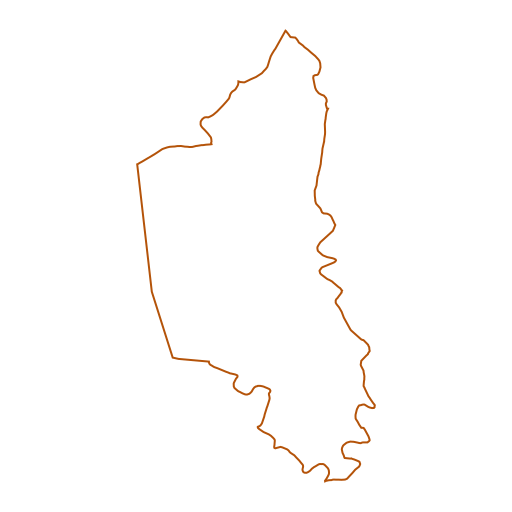 the district of H'Erelle, Laborie, Saint Lucia
{"feature_id": "8701671B98929881441736", "entity_name": "H'Erelle", "entity_type": "district", "adm_level": 2, "iso_a3": "LCA", "parent_name": "Saint Lucia", "parent_adm1": "Laborie", "projection": "mercator", "projection_center": [-60.985, 13.756], "detail": "fine", "context": "isolated", "style": "outline", "palette": "amber", "viewbox_px": 512, "rotation_deg": 0, "n_neighbors": 0, "source": "geoboundaries", "source_scale": "gbopen_adm2", "svg_char_len": 6067}
<svg xmlns="http://www.w3.org/2000/svg" viewBox="0 0 512 512"><path d="M208.9,361.6L208.9,362.5L209.6,364.0L210.5,364.9L211.5,365.4L213.4,366.6L214.3,367.1L217.4,368.2L226.1,371.8L228.1,372.5L230.1,373.4L231.0,373.5L234.9,374.4L235.8,374.7L237.3,375.4L237.5,375.9L237.5,376.7L237.2,377.3L236.8,377.7L236.0,378.7L234.0,382.6L233.7,383.5L233.7,384.2L233.8,386.5L234.5,388.0L237.8,390.9L238.6,391.4L239.8,391.9L242.4,393.3L244.8,394.3L245.8,394.5L247.2,394.5L249.3,393.8L250.4,392.9L251.5,391.8L252.2,390.7L252.8,389.5L253.3,388.8L253.9,388.0L254.4,387.4L255.8,386.5L256.9,386.3L257.8,385.9L259.1,385.9L260.4,385.9L262.6,386.3L263.9,386.7L264.8,387.1L265.7,387.5L267.0,388.0L269.2,389.0L269.7,389.4L270.0,389.8L270.4,390.8L270.2,391.7L269.8,392.4L269.0,393.3L268.9,393.9L269.0,395.0L269.3,395.9L269.6,397.9L269.6,398.7L269.3,400.1L267.3,406.4L266.8,407.6L266.3,409.3L264.7,414.4L264.2,416.7L261.9,423.4L260.8,425.0L260.3,425.6L259.5,426.1L259.1,426.3L258.6,426.5L257.8,426.8L257.7,427.0L258.0,428.0L259.1,429.0L263.5,432.0L264.8,432.6L268.2,434.1L268.7,434.3L271.1,435.9L272.1,436.9L273.1,437.8L274.4,439.3L274.7,439.9L274.8,440.8L274.6,443.1L274.5,444.7L274.2,446.7L274.2,447.2L274.4,447.9L275.3,448.3L277.1,447.8L278.6,447.4L280.5,446.9L282.4,447.4L283.1,447.7L287.2,449.4L288.6,450.5L289.5,451.8L290.5,452.8L292.9,454.4L293.9,455.0L294.6,455.6L296.0,457.2L299.3,460.6L300.7,462.4L301.7,463.6L302.6,464.6L303.0,465.4L303.1,466.6L303.0,467.2L302.8,468.0L302.5,469.4L302.6,470.5L303.0,471.4L303.5,472.2L304.6,472.7L306.4,472.8L307.9,472.2L309.0,471.5L310.1,470.7L311.9,468.7L312.7,468.1L314.0,467.1L315.5,466.3L318.6,464.4L319.9,464.0L321.8,464.1L322.8,464.0L323.5,464.2L324.4,464.7L325.2,465.4L327.1,467.4L327.7,468.0L328.3,469.0L328.8,470.3L329.0,472.2L329.0,473.2L328.8,474.3L328.4,475.2L328.0,476.0L326.6,478.5L325.0,480.8L325.1,481.3L325.6,481.0L326.3,480.8L329.0,480.2L331.4,480.1L333.0,479.6L334.4,479.6L337.1,479.7L339.3,479.7L341.4,479.8L343.1,479.7L344.1,479.7L344.3,479.6L345.3,479.5L347.1,478.7L348.3,477.4L349.2,476.4L352.5,472.9L355.2,469.7L359.1,466.6L359.7,465.4L360.2,464.0L359.5,461.9L359.0,461.6L358.9,461.4L354.3,459.5L352.0,458.8L351.3,458.4L350.4,458.6L344.7,458.0L344.4,457.6L343.9,455.9L343.3,454.4L342.8,453.5L342.5,452.7L341.8,449.3L342.1,447.8L342.9,446.0L343.6,445.1L346.5,442.8L347.5,442.4L350.3,441.6L353.7,441.8L358.0,442.7L358.6,442.9L359.9,443.1L360.9,443.1L361.7,442.7L362.1,442.6L362.9,442.4L367.5,442.4L368.5,441.5L368.9,441.3L369.6,440.4L369.5,439.3L368.5,436.4L367.2,434.0L364.7,429.4L364.0,428.6L363.7,428.0L363.4,427.9L362.5,427.8L361.7,427.8L361.3,427.8L359.2,424.7L357.6,421.7L355.9,419.1L355.6,418.3L355.5,415.9L355.6,414.5L356.9,409.3L358.3,406.5L359.2,405.4L360.8,405.2L361.9,404.8L363.3,404.5L364.2,404.5L364.9,404.8L368.1,406.8L368.6,407.0L369.4,407.4L372.1,408.1L372.9,408.0L373.7,408.0L374.1,407.8L374.2,407.4L374.6,407.1L374.6,405.8L374.8,405.3L374.6,404.8L373.1,403.0L370.8,399.7L369.7,397.9L368.5,396.3L364.6,388.1L364.5,387.6L363.9,386.7L363.6,386.0L363.7,384.3L364.0,381.0L364.3,379.7L364.3,378.1L364.4,376.3L364.1,374.5L363.7,372.5L363.5,370.6L361.1,366.0L361.0,365.7L360.7,364.8L361.3,360.8L366.4,355.5L367.9,354.2L368.0,353.5L369.7,351.0L369.4,349.5L369.2,347.2L368.5,345.9L368.3,345.5L368.1,344.8L363.7,340.3L363.1,340.0L362.7,340.0L361.4,339.5L360.5,338.8L351.2,330.5L350.5,329.7L344.0,317.9L343.8,317.5L341.7,311.9L339.1,307.4L336.6,304.3L335.7,302.7L335.7,300.4L336.3,299.2L337.5,298.0L338.7,296.3L340.6,293.9L340.9,293.2L341.6,292.6L341.7,291.4L342.1,290.5L341.2,289.7L341.0,289.2L340.0,288.0L338.7,287.2L332.8,282.2L332.4,281.7L329.5,280.0L328.0,279.4L326.8,278.7L321.0,274.3L320.2,273.3L319.5,270.9L319.7,270.4L321.5,267.9L322.1,267.4L322.6,267.1L333.9,262.5L334.2,262.2L334.5,262.1L335.3,261.5L336.0,260.4L335.7,259.6L334.3,258.8L332.5,258.2L327.2,257.1L323.2,255.5L322.3,254.9L318.5,251.5L317.8,250.7L317.4,248.6L317.4,247.2L318.2,245.6L319.0,244.3L320.3,242.3L332.9,230.8L333.7,228.9L334.2,227.8L334.4,227.2L335.3,225.0L334.3,223.2L333.3,220.8L332.7,219.7L331.7,217.4L331.2,216.6L330.3,215.4L330.0,215.3L328.8,214.4L327.1,213.7L325.0,213.5L323.6,213.4L322.1,212.4L321.9,212.1L321.0,209.8L320.4,208.5L320.1,208.1L316.2,203.8L315.9,203.1L315.2,200.7L315.3,200.1L314.8,195.8L314.7,190.4L316.5,185.5L317.5,176.7L318.0,175.4L318.4,174.3L318.6,172.6L319.4,170.0L319.5,169.4L320.3,166.1L320.3,165.7L320.4,165.2L320.6,164.9L320.6,164.6L320.7,164.3L321.2,158.9L321.9,154.3L322.2,152.3L322.3,150.5L322.5,148.5L323.9,142.4L323.9,142.1L324.1,141.8L324.3,138.9L325.0,134.3L325.1,132.0L324.8,124.1L325.4,119.8L325.6,119.1L325.7,117.5L326.3,113.2L326.7,111.5L328.0,108.7L327.0,108.6L325.9,105.0L325.9,103.3L326.7,101.6L326.6,99.8L326.0,98.1L323.9,95.6L321.4,94.7L318.7,93.2L316.3,90.3L315.2,87.8L314.4,84.1L313.2,77.9L313.5,76.0L314.9,75.2L317.2,74.9L318.1,74.3L319.4,71.6L320.5,67.4L320.2,63.4L319.4,60.9L318.4,59.5L315.2,56.0L311.0,52.5L307.9,49.7L304.4,47.1L302.9,45.5L298.8,42.5L298.1,41.1L296.6,39.0L295.3,37.6L290.6,37.1L290.3,36.8L288.0,33.6L285.9,31.0L285.5,30.7L275.3,48.9L274.3,50.2L272.2,53.6L270.7,56.4L269.3,60.7L268.0,65.0L267.3,67.0L265.7,69.1L264.0,70.8L261.9,73.2L256.0,77.0L250.7,79.3L244.6,82.3L242.9,82.3L241.4,82.1L240.6,82.1L238.4,81.4L238.4,82.2L238.3,83.7L237.9,85.2L236.9,87.0L235.6,89.1L234.7,90.0L232.4,91.5L231.2,92.8L230.2,94.6L229.4,97.5L228.9,98.6L226.4,101.6L222.8,105.6L217.1,111.5L215.0,113.3L213.2,114.8L211.9,115.6L210.0,116.6L208.1,117.4L207.0,117.2L205.4,117.3L204.4,117.5L202.4,119.0L201.2,120.7L200.7,121.6L200.6,123.1L200.6,124.7L201.2,126.1L202.3,127.6L204.8,130.1L207.9,133.5L210.9,137.4L211.3,139.1L211.5,141.7L211.1,142.8L211.5,144.2L210.2,144.4L206.0,144.7L203.2,145.1L201.8,145.1L197.7,145.8L196.0,146.0L192.5,146.9L191.1,147.0L189.2,147.0L188.0,146.8L186.4,146.7L184.7,146.6L183.6,146.4L181.0,146.0L177.2,146.1L174.7,146.5L172.6,146.6L169.8,146.8L167.2,147.4L163.6,148.6L162.3,149.1L161.4,149.7L157.5,152.3L154.9,154.0L142.1,161.6L139.7,162.9L137.8,164.1L137.2,164.3L151.8,291.7L172.7,357.6L178.5,358.9L208.9,361.6Z" fill="none" stroke="#b45309" stroke-width="2"/></svg>